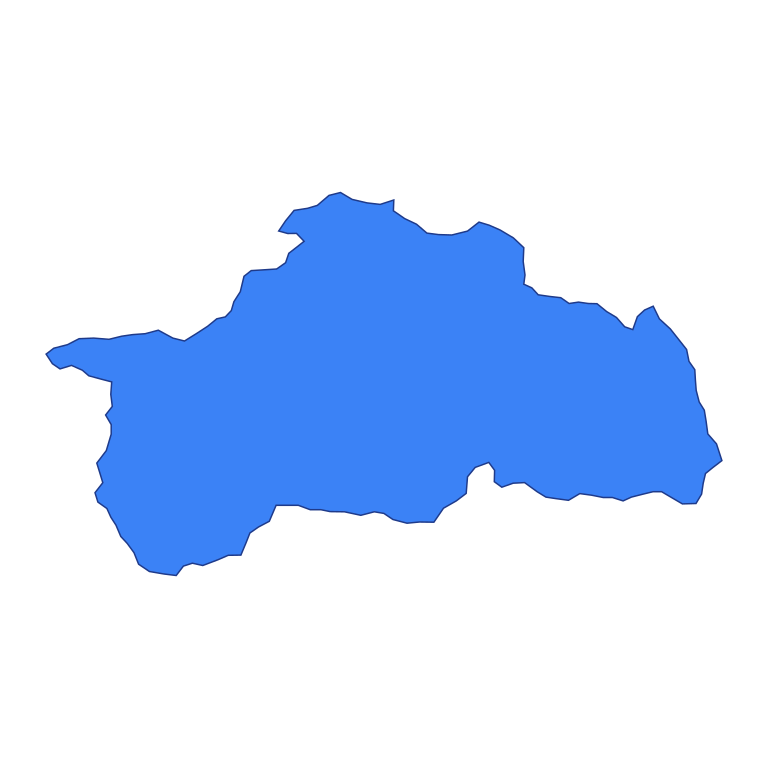 Santana de Parnaíba, São Paulo, Brazil
{"feature_id": "56859067B95466587764955", "entity_name": "Santana de Parnaíba", "entity_type": "district", "adm_level": 2, "iso_a3": "BRA", "parent_name": "Brazil", "parent_adm1": "São Paulo", "projection": "albers", "projection_center": [-46.919, -23.447], "detail": "fine", "context": "isolated", "style": "filled", "palette": "blue", "viewbox_px": 768, "rotation_deg": 0, "n_neighbors": 0, "source": "geoboundaries", "source_scale": "gbopen_adm2", "svg_char_len": 2123}
<svg xmlns="http://www.w3.org/2000/svg" viewBox="0 0 768 768"><path d="M149.4,571.5L164.0,574.0L176.2,575.5L183.4,566.1L192.4,563.2L202.8,565.5L218.1,559.7L228.2,555.3L240.9,555.1L246.2,542.4L249.9,533.0L258.5,527.0L269.3,521.3L276.1,505.3L298.3,505.3L310.2,509.7L320.9,509.7L330.1,511.6L344.5,511.8L360.8,515.3L374.3,511.8L383.9,513.4L392.9,519.5L407.0,523.2L419.5,522.0L433.9,522.2L443.5,508.2L456.3,500.9L466.2,493.4L467.5,476.8L475.2,467.4L488.8,462.4L494.6,470.3L494.3,481.7L501.8,487.2L513.1,483.2L524.6,482.6L537.1,491.7L545.9,497.1L555.8,498.6L568.5,500.3L579.8,493.6L591.6,495.2L603.2,497.5L612.4,497.5L623.1,500.9L631.4,497.1L643.6,494.0L653.1,491.7L661.6,491.7L670.8,497.1L682.4,503.9L696.0,503.5L701.6,494.1L703.2,483.3L705.5,473.5L712.9,467.5L721.9,460.6L716.5,443.9L707.8,433.9L706.1,421.2L704.3,410.2L699.2,402.0L696.2,390.4L695.4,380.1L694.8,369.7L689.0,361.4L686.6,349.5L677.6,338.1L670.3,328.9L659.4,318.9L653.2,306.2L644.6,310.0L637.4,316.6L632.8,329.6L624.7,326.8L616.5,317.5L606.7,311.6L597.0,303.7L588.3,303.5L578.5,302.1L569.1,303.5L560.8,297.7L550.1,296.5L538.2,294.8L531.9,287.9L523.8,284.2L525.0,275.0L523.2,261.5L523.8,247.7L513.4,237.9L500.1,230.0L489.2,225.2L479.0,222.1L467.5,231.1L451.8,235.0L438.6,234.6L426.9,233.1L416.5,224.2L404.7,218.6L393.4,210.8L393.8,200.0L380.2,204.4L367.1,202.9L352.1,199.4L340.5,192.5L329.0,195.4L317.3,205.4L307.6,208.3L294.1,210.4L285.6,220.8L278.7,231.0L287.7,233.5L296.5,233.4L304.1,241.3L296.0,247.7L288.8,253.3L285.6,262.7L276.6,269.0L261.1,270.0L251.2,270.6L244.0,276.3L240.3,291.7L233.9,301.7L231.3,310.6L225.3,316.9L216.8,318.8L207.6,326.3L196.4,333.6L184.5,341.0L172.9,338.1L158.3,330.2L145.2,333.7L132.7,334.6L121.7,336.2L109.0,339.3L93.7,338.1L79.1,338.7L67.4,344.7L53.8,348.2L46.1,354.1L52.4,363.7L60.0,368.9L71.5,365.4L82.3,370.2L88.8,375.8L101.0,379.1L111.7,381.9L110.8,394.4L112.3,406.4L105.6,415.0L111.2,424.6L111.2,434.2L106.3,450.6L96.8,463.1L100.1,473.8L102.8,482.7L95.0,492.7L97.9,502.1L106.9,508.5L110.9,517.3L116.0,525.2L120.8,536.5L127.2,543.4L134.0,552.7L138.6,564.2L149.4,571.5Z" fill="#3b82f6" stroke="#1e3a8a" stroke-width="1.5"/></svg>